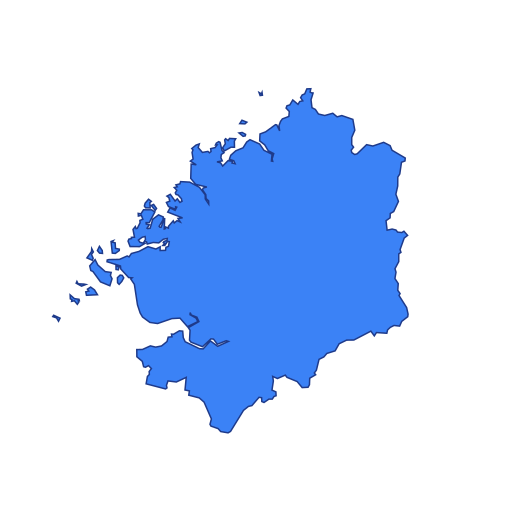 the Province of Zhejiang, rotated 203°
{"feature_id": "CHN-1820", "entity_name": "Zhejiang", "entity_type": "Province", "adm_level": 1, "iso_a3": "CHN", "parent_name": "China", "parent_adm1": "", "projection": "natural_earth1", "projection_center": [120.785, 29.18], "detail": "fine", "context": "isolated", "style": "filled", "palette": "blue", "viewbox_px": 512, "rotation_deg": 203, "n_neighbors": 0, "source": "natural_earth", "source_scale": "10m", "svg_char_len": 6160}
<svg xmlns="http://www.w3.org/2000/svg" viewBox="0 0 512 512"><g transform="rotate(203 256 256)"><path d="M329.2,123.3L324.0,125.6L318.1,132.0L312.8,132.9L307.8,136.3L304.5,142.5L305.1,147.0L301.8,148.8L303.3,151.1L301.4,151.7L297.3,157.2L294.1,158.2L291.1,152.5L287.7,149.4L271.9,148.6L268.4,149.8L264.7,160.0L256.0,157.9L248.0,166.6L250.3,166.4L257.1,159.7L262.6,162.9L265.1,162.1L269.8,151.6L282.2,151.3L284.3,152.5L287.7,161.9L290.3,163.6L282.9,173.3L286.5,176.6L292.5,176.4L294.5,178.2L293.8,176.2L286.9,175.4L283.9,172.9L291.5,164.2L301.7,169.1L309.0,165.5L320.2,155.4L327.7,153.4L336.6,155.5L340.4,158.3L346.0,164.7L356.9,182.4L362.3,185.9L361.5,187.5L364.8,186.4L375.4,191.2L376.9,193.9L390.9,192.5L391.4,194.2L389.9,195.3L380.4,199.5L374.6,205.7L372.5,205.6L371.7,209.6L365.5,214.5L359.1,222.4L350.9,223.3L347.8,227.0L346.4,223.6L341.5,225.8L342.3,228.8L340.4,230.7L341.4,235.3L343.1,234.9L344.1,230.1L345.9,229.3L345.0,231.8L346.6,232.1L346.4,233.4L344.0,235.6L344.5,237.5L347.9,235.2L350.6,230.1L355.9,228.3L360.8,224.5L362.3,226.3L364.6,225.2L364.2,228.0L365.7,230.6L368.1,228.8L370.5,224.7L368.2,223.3L363.3,224.0L366.9,219.1L375.6,215.5L379.6,219.7L379.6,221.9L377.4,223.4L378.0,224.5L375.2,225.8L379.6,232.4L378.6,236.0L377.1,234.3L376.1,235.1L375.7,241.2L376.8,243.4L374.5,245.6L377.4,248.6L379.9,246.8L381.1,249.2L378.4,249.9L377.6,254.6L370.2,257.7L366.3,257.0L367.3,245.0L370.2,243.8L369.5,242.5L366.4,243.0L367.2,239.0L366.3,238.9L364.3,240.2L365.4,249.5L361.8,255.8L356.6,255.7L355.7,252.7L356.8,245.5L355.7,244.9L354.6,245.3L354.9,255.3L351.0,245.0L350.1,245.8L351.0,247.4L347.5,247.4L348.2,249.1L345.9,256.1L344.2,254.5L342.5,257.7L339.0,257.7L342.5,260.1L338.5,262.4L354.4,261.9L353.9,266.7L348.3,266.4L348.0,270.0L349.2,269.9L348.5,268.5L349.8,267.5L355.9,267.3L359.4,270.3L356.8,272.8L359.0,275.7L361.4,276.3L359.0,279.3L352.0,275.0L350.8,277.9L346.9,275.6L345.1,278.1L346.0,277.5L346.9,279.5L351.5,281.7L353.7,281.4L355.0,282.6L354.6,285.6L358.0,287.1L355.5,288.9L357.5,290.2L354.2,292.7L354.5,295.0L345.9,298.1L334.9,297.1L326.7,292.5L325.0,288.7L319.8,285.3L321.1,288.2L324.4,289.4L326.2,292.9L331.2,296.1L331.1,298.0L328.2,300.3L339.5,298.4L346.4,301.9L351.6,315.3L346.6,316.6L353.5,317.7L351.8,320.7L355.3,326.3L355.5,329.1L357.1,329.8L354.6,334.6L352.0,337.0L351.6,333.2L345.8,330.4L341.1,333.5L339.2,332.8L338.2,334.6L339.7,337.1L336.0,339.8L335.2,343.1L336.7,342.4L336.6,344.4L335.0,346.7L333.5,346.6L328.5,339.8L325.8,338.6L327.6,335.9L326.7,332.7L324.2,330.4L328.7,327.4L325.0,327.9L321.8,325.8L319.0,332.8L314.7,334.0L314.4,332.2L311.3,332.8L313.7,335.0L318.3,334.6L318.6,338.9L315.7,345.0L310.2,350.5L309.1,357.3L307.0,360.7L296.4,360.5L290.0,356.4L281.0,355.9L278.9,349.4L277.6,349.7L279.1,351.7L279.7,357.2L285.9,357.7L291.4,361.7L297.6,363.4L300.0,369.9L295.6,374.1L289.4,384.5L288.1,384.8L283.1,380.4L285.8,384.9L286.0,389.5L285.3,392.5L280.3,397.3L281.8,402.0L286.1,403.9L286.2,406.4L283.9,408.3L283.1,414.0L276.6,412.0L276.1,415.3L273.6,417.1L276.8,419.2L276.4,422.3L274.5,424.3L274.5,429.7L270.9,431.4L270.3,428.0L267.5,427.9L267.2,429.0L266.4,421.3L262.4,414.4L258.6,414.1L254.0,411.1L247.6,412.2L241.1,417.4L235.7,415.8L231.9,418.8L220.2,419.6L214.2,410.4L214.2,402.5L211.4,395.9L208.7,394.3L209.7,390.6L208.2,388.6L204.8,388.0L202.8,389.6L197.7,401.7L191.4,402.9L182.9,410.5L175.7,410.0L172.1,406.5L156.9,404.5L156.0,401.7L158.7,399.1L155.7,387.7L156.3,384.0L152.9,375.8L151.4,367.5L146.2,361.9L146.6,350.7L149.0,347.6L147.5,343.5L150.1,339.3L145.4,331.0L141.2,334.0L137.3,334.6L135.0,333.3L130.9,334.6L129.5,336.6L124.5,334.2L126.6,330.4L125.9,318.2L124.0,316.0L125.4,313.7L122.4,306.6L123.1,298.6L120.8,295.8L119.3,289.5L114.3,286.2L112.1,279.8L108.7,277.7L108.9,275.5L97.2,267.4L93.3,261.9L92.6,259.4L96.3,252.8L96.4,247.6L101.8,246.0L104.5,242.8L106.0,239.4L105.4,236.0L115.2,232.6L115.9,228.7L120.9,231.7L133.1,216.9L139.7,214.0L145.2,207.7L146.1,199.6L152.7,194.0L154.1,189.6L157.6,185.5L155.8,174.5L156.6,171.1L154.7,170.0L158.8,164.5L156.5,158.4L156.8,155.5L162.1,152.9L169.0,156.5L180.1,156.4L182.5,157.8L188.4,151.6L193.6,151.7L191.2,147.8L188.9,138.8L184.6,138.7L182.9,135.2L184.5,133.8L185.1,130.6L188.2,129.3L191.4,124.3L193.8,124.3L195.5,127.8L198.0,127.1L201.3,116.7L204.2,114.6L207.2,109.0L210.9,84.6L212.6,82.3L219.9,80.6L223.4,82.3L231.0,81.8L232.6,83.1L233.4,88.6L246.7,101.2L252.8,103.2L263.5,101.6L264.6,105.8L269.0,104.9L272.8,117.0L280.1,108.9L288.2,106.6L287.9,102.0L286.4,99.8L287.3,98.3L307.2,95.4L308.9,102.7L307.9,105.3L309.2,107.9L308.3,111.5L312.1,113.1L314.3,110.4L316.2,110.2L319.5,114.6L326.3,116.7L329.2,123.3ZM405.2,181.9L402.7,189.8L398.1,185.9L388.7,182.7L382.9,184.3L382.4,181.2L379.6,178.8L378.9,171.5L389.0,171.4L400.0,178.0L402.4,178.1L405.2,181.9ZM328.1,347.3L330.2,350.6L329.8,352.1L326.8,351.4L326.3,353.9L320.5,356.0L320.8,353.3L318.3,347.7L321.5,346.4L326.2,340.3L329.0,342.6L328.1,347.3ZM398.7,156.5L396.2,158.4L398.2,159.6L396.1,162.8L391.4,161.7L386.8,158.4L396.7,153.6L398.7,156.5ZM389.4,202.5L395.1,212.7L393.4,214.3L393.9,212.5L390.8,213.1L388.3,208.1L384.5,208.9L384.0,207.6L386.5,203.4L389.4,202.5ZM378.7,261.3L377.1,266.3L373.7,265.4L374.6,263.6L372.2,258.9L376.5,257.2L378.3,258.4L378.7,261.3ZM373.0,177.3L375.1,181.9L373.6,185.4L371.5,185.9L369.2,184.2L369.6,180.1L370.9,176.4L373.0,177.3ZM410.9,188.2L409.2,195.9L410.1,198.6L407.3,196.2L408.1,193.2L405.0,190.3L405.0,188.1L410.9,188.2ZM410.2,144.0L411.9,147.6L406.5,145.8L402.0,147.0L401.1,145.8L402.1,145.2L401.1,144.4L401.6,141.7L405.7,143.8L408.0,142.2L408.4,143.9L410.2,144.0ZM404.1,199.0L403.9,203.7L399.7,201.0L398.3,198.4L401.2,197.5L404.1,199.0ZM408.9,160.9L403.5,162.9L401.5,163.3L404.8,160.1L410.9,160.7L410.9,162.6L408.9,160.9ZM366.6,258.6L372.2,261.6L370.4,263.5L366.1,260.9L366.6,258.6ZM313.1,363.9L312.8,362.4L314.6,361.1L319.7,362.6L317.0,364.3L313.1,363.9ZM419.4,120.8L419.1,122.4L412.1,122.2L412.3,118.8L415.4,121.1L419.4,120.8ZM322.7,371.5L322.0,375.5L316.7,375.6L317.8,373.3L322.7,371.5ZM379.6,188.9L381.0,192.1L377.7,192.4L377.3,189.5L379.6,188.9ZM314.9,405.3L317.1,407.7L314.4,407.4L314.4,409.0L312.9,406.5L314.9,405.3Z" fill="#3b82f6" stroke="#1e3a8a" stroke-width="1.5"/></g></svg>